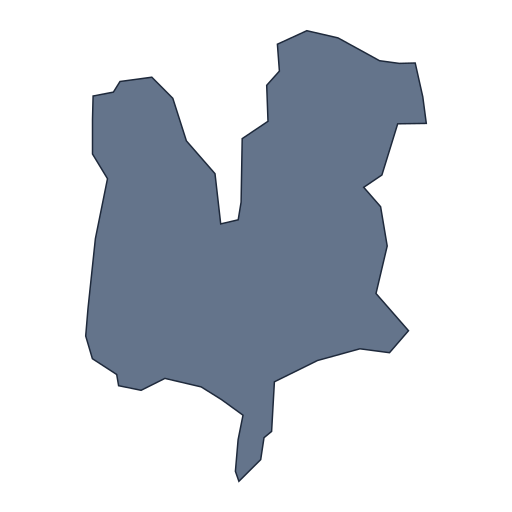 the district of Tashlak, Ferghana, Uzbekistan
{"feature_id": "79887680B62642842050546", "entity_name": "Tashlak", "entity_type": "district", "adm_level": 2, "iso_a3": "UZB", "parent_name": "Uzbekistan", "parent_adm1": "Ferghana", "projection": "natural_earth1", "projection_center": [71.832, 40.543], "detail": "fine", "context": "isolated", "style": "filled", "palette": "slate", "viewbox_px": 512, "rotation_deg": 0, "n_neighbors": 0, "source": "geoboundaries", "source_scale": "gbopen_adm2", "svg_char_len": 759}
<svg xmlns="http://www.w3.org/2000/svg" viewBox="0 0 512 512"><path d="M260.7,459.6L264.0,437.7L271.6,431.4L274.4,381.8L317.5,360.5L359.9,348.8L389.5,352.7L408.5,330.7L376.0,293.5L387.2,246.0L380.6,206.7L363.7,187.3L381.9,175.0L397.7,123.8L426.3,123.4L422.8,96.9L415.2,63.0L399.3,63.4L379.5,60.7L338.0,37.9L306.8,30.7L277.4,44.2L279.4,71.1L266.7,85.3L268.0,121.3L242.2,138.6L241.1,202.1L238.2,219.8L220.7,223.9L215.0,173.7L186.4,140.9L172.8,98.3L151.8,77.2L120.0,81.5L113.4,92.1L93.1,96.0L92.5,119.4L92.5,154.0L107.5,178.7L95.4,238.6L88.0,308.5L85.7,336.0L92.4,358.7L116.7,374.5L118.6,385.7L141.1,390.3L164.9,378.4L201.2,386.9L221.5,399.6L243.0,415.2L238.1,439.7L235.4,471.3L238.9,481.3L260.7,459.6Z" fill="#64748b" stroke="#1e293b" stroke-width="1.5"/></svg>